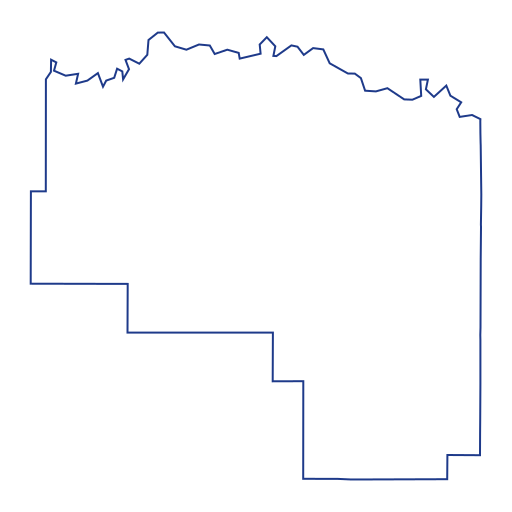 the district of Richland, Montana, United States of America
{"feature_id": "52423323B43875780318183", "entity_name": "Richland", "entity_type": "district", "adm_level": 2, "iso_a3": "USA", "parent_name": "United States of America", "parent_adm1": "Montana", "projection": "mercator", "projection_center": [-104.546, 47.751], "detail": "fine", "context": "isolated", "style": "outline", "palette": "blue", "viewbox_px": 512, "rotation_deg": 0, "n_neighbors": 0, "source": "geoboundaries", "source_scale": "gbopen_adm2", "svg_char_len": 1240}
<svg xmlns="http://www.w3.org/2000/svg" viewBox="0 0 512 512"><path d="M45.9,79.3L45.8,191.3L30.9,191.3L30.8,234.9L30.7,283.7L127.7,283.9L127.5,332.6L272.9,332.6L272.7,381.3L303.3,381.2L303.2,478.8L338.3,478.9L351.5,479.5L447.2,479.2L447.4,455.0L480.0,455.2L480.0,454.9L480.1,432.1L480.2,420.4L480.4,384.5L480.4,339.9L480.3,334.9L480.5,327.7L480.7,259.3L480.7,259.2L481.0,227.7L481.0,226.5L480.9,224.9L481.2,206.1L481.3,194.5L481.1,178.3L480.7,145.4L480.6,142.6L480.4,133.0L480.3,121.0L480.4,119.1L472.0,115.0L459.7,116.9L456.7,109.2L461.2,102.3L450.4,95.7L446.3,85.6L433.9,96.9L425.9,89.3L427.9,79.6L420.3,79.6L421.2,95.9L412.4,99.7L404.2,99.4L387.4,88.2L375.9,91.4L365.1,90.7L360.9,78.1L354.8,73.6L347.9,73.5L329.7,63.3L323.3,49.4L313.1,48.1L303.8,54.9L297.5,46.7L291.4,45.4L276.4,56.1L273.4,55.9L275.3,46.3L266.8,37.2L259.7,44.5L260.6,53.7L239.7,58.6L238.7,52.9L227.3,49.7L214.7,54.0L209.8,45.5L199.0,44.5L186.4,49.7L174.9,46.3L164.0,32.5L157.8,32.6L148.5,40.0L147.3,54.8L139.3,63.7L129.2,58.6L125.5,59.9L129.0,69.2L123.1,79.4L122.3,71.4L117.1,68.7L114.2,77.8L106.2,80.6L103.0,86.7L97.9,73.1L87.4,80.6L75.9,83.6L78.1,73.8L65.7,75.7L54.0,70.7L56.3,62.4L51.1,59.7L50.9,71.9L45.9,79.3Z" fill="none" stroke="#1e3a8a" stroke-width="2"/></svg>